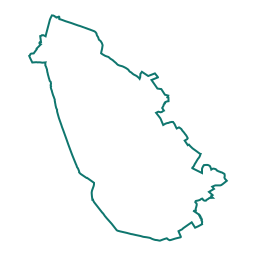 outline of Stroiesti, Suceava, Romania
{"feature_id": "2599482B39658713506710", "entity_name": "Stroiesti", "entity_type": "district", "adm_level": 2, "iso_a3": "ROU", "parent_name": "Romania", "parent_adm1": "Suceava", "projection": "equal_earth", "projection_center": [26.132, 47.616], "detail": "fine", "context": "isolated", "style": "outline", "palette": "teal", "viewbox_px": 256, "rotation_deg": 0, "n_neighbors": 0, "source": "geoboundaries", "source_scale": "gbopen_adm2", "svg_char_len": 5585}
<svg xmlns="http://www.w3.org/2000/svg" viewBox="0 0 256 256"><path d="M126.8,232.9L131.3,234.1L132.2,234.2L135.7,235.0L140.5,236.0L143.2,236.8L146.9,237.3L149.6,237.8L150.3,238.0L152.1,238.9L152.9,239.2L154.4,239.7L155.7,240.0L157.0,240.1L159.3,240.6L160.1,240.6L163.3,239.4L165.4,238.7L166.8,238.3L167.7,239.1L168.6,239.7L169.4,240.1L169.7,240.2L170.8,240.0L175.2,238.6L176.8,238.2L180.5,237.3L180.7,237.2L180.8,236.9L180.8,236.6L178.7,231.8L178.5,231.2L182.3,229.2L183.0,228.4L184.4,227.4L188.1,224.8L191.7,222.3L195.1,227.7L198.2,226.3L202.1,224.2L202.0,223.7L201.9,223.4L202.1,222.3L202.2,222.0L202.1,221.7L202.0,221.1L201.6,220.8L201.5,220.6L201.4,220.4L201.4,220.2L201.7,220.1L201.8,219.9L201.9,219.5L201.8,219.2L201.6,219.0L201.4,218.3L201.2,218.2L201.0,218.3L200.7,218.3L200.3,217.7L200.2,217.4L200.4,217.1L200.3,216.9L200.3,216.7L200.5,216.6L200.4,216.4L200.0,216.5L199.9,216.5L199.6,216.1L199.9,215.7L199.9,215.4L199.7,215.2L199.4,215.3L199.1,215.2L199.0,214.8L198.9,214.3L198.8,214.2L198.3,214.1L195.5,212.2L193.9,211.1L194.0,210.9L194.5,210.9L194.8,210.6L195.0,210.6L195.3,210.7L195.6,211.0L195.8,210.9L195.9,210.4L195.9,210.2L195.7,209.5L195.7,208.7L196.1,207.5L196.7,205.1L196.7,204.3L196.7,204.0L196.5,203.5L195.3,202.2L195.5,201.5L195.7,201.1L196.1,200.9L197.7,200.6L199.8,200.0L201.0,199.1L201.8,198.7L202.3,198.6L203.4,200.1L203.9,200.4L204.3,200.6L204.8,200.7L205.6,200.7L206.0,200.6L206.4,200.0L206.7,199.8L207.5,199.3L208.4,198.8L208.9,198.3L209.3,198.1L209.7,198.0L210.3,197.9L212.8,197.8L211.1,196.2L212.6,195.1L209.0,191.9L214.0,188.9L212.2,186.7L214.7,185.6L215.5,185.4L220.1,185.4L220.6,185.3L220.9,185.2L221.4,185.0L223.2,183.7L226.8,180.8L224.9,178.7L224.7,178.3L224.5,177.6L224.4,177.3L224.5,177.1L224.7,176.2L224.7,175.5L224.7,175.1L224.4,173.9L223.4,173.3L222.6,172.9L221.8,172.4L221.6,172.3L220.6,172.2L220.4,172.1L219.8,171.7L218.4,171.3L217.6,170.8L216.7,170.4L216.6,170.2L216.4,169.7L216.1,169.5L215.5,169.1L214.0,168.7L212.9,168.7L212.4,168.9L211.3,169.6L211.1,168.8L210.1,166.4L209.6,165.8L208.2,165.1L207.2,164.9L204.7,165.0L204.2,165.3L203.9,165.2L203.2,166.1L202.1,168.4L202.0,169.3L202.0,173.0L192.3,168.2L192.3,167.9L192.5,167.5L193.0,167.1L193.8,166.1L194.8,164.0L196.2,161.8L196.8,160.7L198.0,158.8L199.0,157.6L199.5,156.8L199.9,155.9L200.6,153.9L200.0,153.8L195.8,150.7L192.6,148.4L190.3,146.2L188.9,144.6L187.8,145.2L184.7,140.6L187.2,139.1L187.7,138.2L187.6,137.9L186.6,136.1L186.2,135.4L184.9,133.8L184.0,132.5L182.4,130.7L181.3,129.0L179.4,127.6L179.0,127.4L176.7,128.5L176.0,127.2L174.8,124.6L174.2,123.5L173.4,122.5L173.1,122.0L171.9,121.9L170.4,122.2L169.5,122.4L168.6,122.9L167.7,123.0L166.8,123.2L165.4,123.7L163.2,125.0L161.3,120.5L160.9,119.4L160.5,118.7L160.2,118.1L156.1,112.8L158.3,111.7L160.7,112.3L162.1,111.8L163.4,110.8L163.9,110.6L162.2,108.0L163.6,105.5L163.7,104.6L164.2,103.9L164.6,103.0L165.0,103.2L165.5,102.0L166.3,101.7L167.1,101.4L168.5,101.2L168.5,99.8L168.4,97.5L167.4,97.3L168.2,95.6L164.9,94.7L161.3,89.1L157.8,88.6L157.4,88.5L157.0,87.9L151.5,80.0L157.9,77.4L157.8,77.0L154.9,73.4L148.2,76.0L141.9,71.8L141.5,72.4L140.5,73.8L140.4,74.0L140.2,77.2L139.6,78.8L138.8,77.8L137.7,76.9L136.6,76.0L135.1,75.2L133.7,74.5L132.6,73.7L131.3,72.5L130.4,72.0L129.9,71.7L129.3,71.1L128.3,69.7L127.4,69.0L125.7,67.9L123.3,66.7L122.4,66.3L119.4,65.5L118.3,65.0L117.8,64.8L116.8,63.9L116.0,63.0L115.5,62.6L113.4,60.8L112.7,60.1L110.4,58.7L109.4,57.8L108.5,57.0L107.6,56.7L106.4,56.3L105.1,55.8L103.0,54.6L101.5,53.6L101.1,53.3L101.1,53.2L101.4,51.6L101.8,49.9L102.1,48.6L102.4,46.6L102.6,45.4L102.6,45.2L102.5,44.8L101.8,42.9L100.9,41.5L100.4,40.8L99.5,40.2L98.9,39.6L98.1,37.2L97.7,36.5L97.1,35.7L96.8,34.9L96.6,34.3L96.5,33.5L95.4,32.0L94.4,31.3L91.3,30.1L79.4,25.8L78.8,25.7L74.5,24.2L71.5,23.1L65.5,21.2L63.4,20.4L61.2,19.6L60.1,19.3L59.3,19.1L59.2,18.9L59.2,18.6L59.4,18.1L59.4,17.8L59.2,17.2L59.2,16.8L59.1,16.7L58.9,16.6L58.7,16.7L58.6,16.8L58.7,17.0L58.0,17.3L57.4,17.1L56.7,17.6L56.1,17.4L55.7,16.8L55.5,16.7L54.9,16.6L54.3,16.0L53.2,15.5L52.6,15.5L51.9,15.4L51.0,17.2L50.7,17.8L49.9,19.7L49.1,22.8L46.3,33.3L45.6,36.3L44.2,35.6L43.4,35.2L43.0,35.2L42.3,35.2L41.8,35.3L41.7,35.6L40.2,36.1L41.0,42.0L39.9,42.1L39.5,42.6L39.5,43.5L40.9,44.3L36.6,48.6L36.8,49.1L35.3,51.2L34.6,52.1L33.7,53.4L31.3,53.6L31.0,53.7L30.5,54.1L30.2,54.5L30.0,55.1L29.6,55.6L29.2,55.9L30.3,58.4L32.3,62.5L36.2,62.2L37.2,62.3L37.7,62.4L38.6,62.3L39.8,62.3L42.4,62.7L45.5,62.4L45.4,62.7L45.3,63.6L45.3,64.0L45.4,64.5L45.3,65.2L45.4,65.5L46.0,66.7L46.3,67.6L46.5,68.2L47.0,69.5L47.0,70.1L47.2,71.0L47.3,72.0L47.7,73.2L47.8,74.1L48.7,77.3L48.8,77.9L49.1,78.6L49.7,80.8L49.9,81.1L50.6,81.7L50.6,81.9L50.7,82.3L50.8,82.5L50.9,83.1L50.9,83.3L51.0,83.6L50.9,84.4L50.7,84.7L50.6,85.2L50.8,85.6L50.9,85.8L51.0,86.0L51.1,86.3L50.9,86.7L50.7,87.0L51.0,88.3L51.3,89.4L51.5,89.9L51.8,90.6L51.9,91.2L52.2,92.3L53.1,95.3L53.7,96.7L54.5,99.0L54.7,99.4L54.8,100.2L54.7,100.8L54.8,101.2L55.0,101.8L55.0,102.3L55.5,104.8L55.5,105.1L56.2,108.0L57.1,109.9L57.0,110.8L57.2,111.9L58.1,115.2L58.9,118.0L61.4,125.1L62.0,127.0L63.1,129.9L66.6,139.6L68.2,144.2L71.5,153.1L72.5,155.7L75.9,164.1L76.5,165.4L77.0,167.0L77.2,167.4L77.7,168.0L78.1,168.7L79.2,171.5L79.1,172.3L79.6,172.9L80.6,173.9L86.2,177.7L86.7,178.0L87.1,177.9L94.0,182.8L94.0,184.3L93.7,185.9L92.0,190.6L91.7,192.3L91.7,193.4L91.9,196.0L92.4,199.8L93.0,199.7L93.2,200.5L93.5,201.1L94.1,202.2L102.0,212.3L102.4,212.8L102.6,212.9L103.5,214.0L105.0,216.2L105.8,217.1L106.6,218.1L111.7,223.8L116.7,230.2L117.0,230.4L117.9,230.8L120.2,231.4L126.8,232.9Z" fill="none" stroke="#0f766e" stroke-width="2"/></svg>